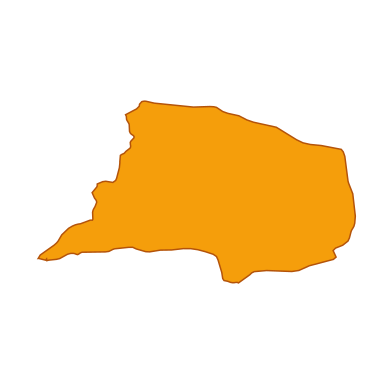 map outline of Upper Demerara-Berbice (Natural Earth projection), rotated 264°
{"feature_id": "GUY-673", "entity_name": "Upper Demerara-Berbice", "entity_type": "Region", "adm_level": 1, "iso_a3": "GUY", "parent_name": "Guyana", "parent_adm1": "", "projection": "natural_earth1", "projection_center": [-58.308, 5.539], "detail": "fine", "context": "isolated", "style": "filled", "palette": "amber", "viewbox_px": 384, "rotation_deg": 264, "n_neighbors": 0, "source": "natural_earth", "source_scale": "10m", "svg_char_len": 1987}
<svg xmlns="http://www.w3.org/2000/svg" viewBox="0 0 384 384"><g transform="rotate(264 192 192)"><path d="M138.9,40.5L140.6,40.4L139.5,39.3L142.0,32.4L142.0,32.1L145.2,34.5L153.6,49.4L155.4,51.9L157.0,53.6L163.0,58.0L168.8,65.5L170.6,69.5L171.5,72.4L171.8,74.2L172.0,75.7L172.0,76.8L172.1,77.9L174.6,87.6L174.6,88.5L174.4,90.0L174.9,90.4L175.7,90.6L182.2,91.0L183.9,91.6L185.1,92.2L187.7,94.1L191.6,96.1L192.4,96.1L193.6,95.9L196.2,94.4L201.8,92.6L206.8,97.7L207.7,98.3L209.9,98.6L211.6,104.2L211.7,107.3L209.8,114.3L211.5,117.3L213.6,118.5L223.7,122.3L228.4,123.3L229.6,123.4L235.9,124.6L236.6,125.8L237.6,128.7L239.3,130.5L242.1,135.0L243.1,135.6L244.3,135.8L245.8,135.7L247.9,135.8L249.2,136.8L251.9,139.9L253.0,140.2L254.1,139.7L255.0,138.7L255.8,137.7L257.0,136.8L258.8,136.2L265.5,136.6L266.6,136.4L270.1,134.8L271.1,134.5L274.2,134.6L275.8,134.0L280.4,145.5L282.8,148.5L284.8,149.0L287.1,151.5L287.3,153.0L287.3,154.5L287.0,155.9L284.3,163.8L276.3,202.3L275.1,218.8L274.5,222.6L273.6,225.2L268.8,231.0L266.5,235.8L262.9,246.6L258.0,254.0L255.0,260.4L247.6,282.6L233.0,301.5L229.3,307.5L226.9,314.6L224.7,325.4L218.8,344.9L216.1,346.6L211.5,347.7L186.5,348.3L184.3,348.7L173.4,351.7L150.9,351.9L144.0,350.6L140.9,349.4L138.8,347.9L137.7,347.0L136.1,346.1L129.7,343.7L129.1,343.3L126.9,342.0L123.3,336.3L121.2,328.9L119.0,326.2L112.2,328.5L110.2,325.6L106.4,301.0L102.8,290.1L102.5,283.0L106.1,258.0L106.3,245.6L105.3,242.9L103.7,240.9L96.7,228.7L97.4,227.5L97.5,226.1L97.4,224.5L97.6,222.6L98.1,220.9L99.5,218.1L100.6,214.6L102.7,213.5L108.8,213.2L121.7,210.8L125.3,209.6L127.9,206.5L131.3,198.9L134.0,191.8L135.8,184.8L136.6,177.5L136.5,165.6L137.5,154.5L136.9,143.6L137.5,139.7L141.2,130.6L143.2,127.3L143.6,123.2L143.6,109.1L143.2,107.3L141.6,103.1L141.5,99.5L143.6,76.4L143.2,74.8L142.3,73.2L141.7,71.8L142.1,70.5L142.8,69.3L143.3,67.9L143.5,66.3L143.6,64.7L143.1,61.7L139.6,53.4L139.2,50.1L139.2,42.4L138.9,40.5Z" fill="#f59e0b" stroke="#b45309" stroke-width="1.5"/></g></svg>